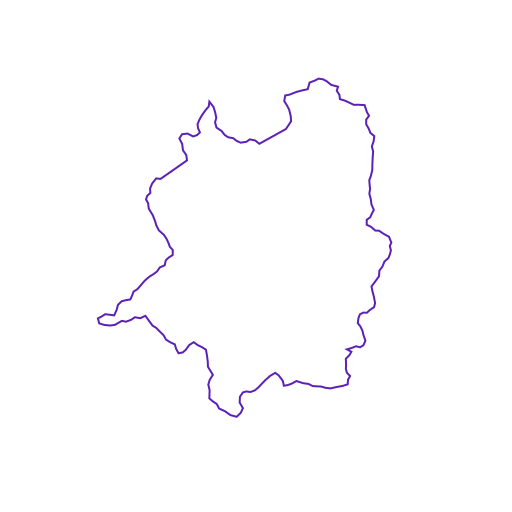 Natividade, Rio de Janeiro, Brazil, rotated 330°
{"feature_id": "56859067B70660128968293", "entity_name": "Natividade", "entity_type": "district", "adm_level": 2, "iso_a3": "BRA", "parent_name": "Brazil", "parent_adm1": "Rio de Janeiro", "projection": "robinson", "projection_center": [-41.94, -21.042], "detail": "fine", "context": "isolated", "style": "outline", "palette": "violet", "viewbox_px": 512, "rotation_deg": 330, "n_neighbors": 0, "source": "geoboundaries", "source_scale": "gbopen_adm2", "svg_char_len": 3036}
<svg xmlns="http://www.w3.org/2000/svg" viewBox="0 0 512 512"><g transform="rotate(330 256 256)"><path d="M90.0,239.7L94.6,243.1L99.3,245.1L103.9,245.1L107.4,245.1L110.6,247.9L115.9,248.8L120.5,248.5L124.7,252.0L130.3,252.5L131.0,259.4L131.6,264.6L133.7,268.5L134.8,273.0L136.3,278.1L136.3,283.5L138.7,288.0L141.5,291.9L140.4,296.5L140.3,301.5L144.4,302.9L148.3,302.1L153.7,299.7L159.0,299.5L161.0,304.1L163.5,307.7L165.8,312.1L163.7,317.9L161.3,323.6L159.0,327.9L159.2,337.4L154.0,340.1L150.4,343.5L148.7,349.1L144.4,356.0L145.8,360.0L148.0,364.6L147.8,369.7L151.5,374.9L154.3,381.0L158.9,385.6L164.6,384.1L168.6,381.2L168.6,374.7L171.7,369.9L176.4,367.6L179.8,368.4L183.2,371.0L187.7,371.8L192.4,371.0L197.3,369.5L201.9,368.2L208.1,366.9L214.2,366.8L215.9,370.5L216.8,377.5L215.3,382.3L218.8,383.6L223.0,384.4L228.5,384.5L233.1,389.6L237.5,393.1L240.1,397.0L243.7,399.4L247.0,401.5L250.4,405.0L254.3,407.9L259.8,409.6L266.0,411.8L271.2,413.0L273.9,409.1L277.5,407.0L276.3,402.5L277.5,398.5L279.6,395.3L282.4,389.9L287.5,388.5L290.7,386.6L288.1,382.3L293.3,383.6L297.5,384.2L300.5,387.1L304.3,387.0L308.4,384.1L309.5,378.4L310.8,374.0L311.2,369.3L310.6,365.0L313.6,361.1L316.8,358.5L320.5,358.6L323.7,360.6L327.5,359.7L332.7,359.3L335.6,356.3L337.8,350.0L339.3,344.5L340.8,340.1L346.0,337.9L352.3,335.1L355.6,330.3L360.0,328.5L364.5,325.0L369.6,324.0L372.9,321.4L375.7,318.5L376.9,314.2L379.9,312.1L380.8,305.8L377.6,300.6L375.2,295.6L372.0,293.6L370.3,288.4L367.5,284.3L370.0,280.0L374.2,279.6L377.4,277.3L381.1,275.0L381.8,269.0L383.8,264.3L385.3,258.7L388.3,255.0L390.2,250.7L392.0,247.0L395.4,244.2L399.7,239.7L402.8,234.5L406.4,228.9L409.7,224.1L411.1,219.1L415.3,215.4L418.4,211.3L416.6,206.6L417.3,202.2L417.3,197.0L419.7,192.9L424.0,191.1L424.0,186.8L425.5,179.6L420.3,176.2L416.3,174.0L413.5,169.9L410.6,165.8L407.1,162.1L408.8,158.2L408.6,153.2L411.7,150.4L406.7,145.4L404.5,139.8L402.4,136.5L398.9,133.7L394.5,133.5L389.1,132.6L384.2,137.4L378.2,135.5L372.9,134.1L366.0,133.1L361.5,131.6L357.9,136.0L358.1,140.9L357.9,145.8L356.0,152.3L353.7,156.9L349.3,159.1L345.4,161.0L315.0,160.5L313.1,155.6L309.0,151.9L304.8,152.3L299.4,150.2L296.7,146.5L295.2,142.6L291.3,139.3L289.4,135.6L288.7,130.6L286.0,125.0L287.4,119.7L290.7,116.5L292.4,111.4L293.7,105.7L292.8,99.0L289.8,102.9L285.1,104.5L279.1,107.3L274.8,109.9L271.2,112.7L269.7,116.5L269.2,120.9L265.5,121.8L261.4,121.1L257.9,115.7L252.8,113.6L248.4,115.9L248.1,122.0L245.6,128.0L246.1,133.7L244.0,138.7L211.9,141.5L208.3,138.9L202.3,141.3L198.0,144.6L196.0,148.6L191.8,149.5L189.0,152.1L189.0,156.2L186.8,161.4L187.0,169.0L186.0,175.6L185.0,179.5L184.7,185.3L186.8,191.6L187.1,195.9L186.8,200.2L186.0,205.0L186.9,209.3L184.3,213.5L179.6,213.7L175.7,214.6L172.3,218.4L167.0,217.8L162.6,219.9L158.8,220.4L153.1,220.6L147.4,221.7L142.0,223.6L136.8,225.4L132.2,225.6L128.8,228.4L125.4,230.8L121.8,229.4L117.1,228.0L112.0,229.3L108.5,232.9L103.5,236.5L99.7,233.6L96.3,231.0L92.5,231.2L87.9,231.0L86.5,235.9L90.0,239.7Z" fill="none" stroke="#5b21b6" stroke-width="2"/></g></svg>